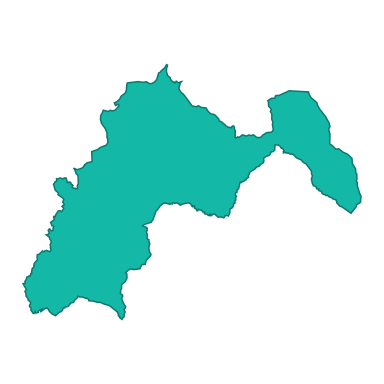 San Calixto, Norte de Santander, Colombia (orthographic projection)
{"feature_id": "7082276B87116730162989", "entity_name": "San Calixto", "entity_type": "district", "adm_level": 2, "iso_a3": "COL", "parent_name": "Colombia", "parent_adm1": "Norte de Santander", "projection": "orthographic", "projection_center": [-73.16, 8.446], "detail": "fine", "context": "isolated", "style": "filled", "palette": "teal", "viewbox_px": 384, "rotation_deg": 0, "n_neighbors": 0, "source": "geoboundaries", "source_scale": "gbopen_adm2", "svg_char_len": 5912}
<svg xmlns="http://www.w3.org/2000/svg" viewBox="0 0 384 384"><path d="M166.6,64.6L164.6,67.9L161.2,70.8L160.4,72.1L158.7,72.9L156.8,79.1L156.1,80.3L154.6,82.0L152.0,83.5L149.3,83.6L146.6,81.8L142.3,82.3L138.5,81.6L127.4,82.9L126.7,85.0L126.4,90.2L125.3,93.0L121.1,96.2L119.7,99.1L116.9,101.7L114.3,102.8L115.5,105.5L118.2,104.3L119.0,105.8L115.4,110.0L112.8,110.9L110.1,110.3L108.4,111.5L103.3,110.2L101.9,113.8L100.9,115.0L100.4,119.2L101.5,123.3L105.3,128.6L107.0,132.6L107.0,137.6L107.6,139.0L107.9,142.6L106.2,145.2L100.2,147.5L97.8,149.5L91.7,151.6L92.1,161.6L87.3,162.7L84.7,164.7L82.8,167.6L81.0,168.5L77.1,169.7L73.5,168.1L74.8,169.7L76.1,173.7L77.7,175.2L78.1,176.8L78.3,183.5L77.3,186.0L77.5,188.5L75.9,189.0L75.2,188.2L74.3,188.4L72.3,187.6L72.0,186.8L73.0,185.6L72.2,184.6L71.1,184.2L71.0,183.0L70.3,182.2L69.1,181.9L67.9,182.8L67.3,182.6L66.2,178.1L64.4,177.9L62.8,178.9L60.3,177.9L57.3,179.1L56.6,178.8L56.7,181.1L55.3,181.6L53.5,184.4L55.3,190.3L57.9,192.5L58.4,193.9L58.0,194.7L62.6,197.8L63.8,199.5L62.7,202.2L63.4,202.9L64.2,205.0L62.6,205.7L62.0,206.5L63.5,207.8L63.7,208.7L61.6,211.6L59.8,210.7L58.4,210.8L56.0,214.2L55.3,216.6L54.7,216.8L54.2,216.3L53.7,216.6L53.6,217.4L54.3,218.8L53.8,220.2L50.6,222.3L52.0,225.8L53.1,225.9L53.6,226.5L53.0,228.4L53.2,229.8L52.5,230.7L51.3,230.8L49.7,228.9L49.2,229.0L48.2,230.4L49.4,233.2L47.5,234.7L46.3,234.9L49.5,237.3L49.6,238.7L51.1,241.1L51.1,242.5L50.1,244.9L50.7,246.6L50.3,247.8L51.0,249.5L50.4,251.3L49.3,251.5L46.5,250.4L45.0,250.9L44.0,251.8L42.3,250.9L41.6,252.1L40.2,253.0L40.1,253.8L37.3,254.8L37.0,257.6L37.5,259.7L34.2,263.4L33.8,265.5L34.3,266.4L32.1,268.8L31.6,271.9L31.9,273.6L30.7,273.6L30.3,275.9L29.1,275.9L28.2,276.8L26.9,277.0L26.1,279.8L24.9,281.3L25.2,283.3L23.0,283.7L26.5,289.7L24.9,291.4L26.0,293.5L26.0,296.1L28.1,298.6L28.1,300.1L30.4,302.0L30.5,304.1L29.6,305.0L29.5,306.7L31.1,308.0L30.9,310.1L33.1,313.3L34.8,313.5L35.2,311.5L36.4,312.9L38.3,312.5L38.4,311.4L39.3,310.3L41.7,309.2L40.7,310.9L40.8,311.6L46.1,307.9L47.9,308.6L49.4,311.4L52.0,313.9L55.5,315.7L59.7,312.0L61.2,311.7L62.5,310.2L63.3,308.0L64.9,307.9L65.1,307.0L68.1,306.5L70.7,303.1L73.5,302.4L74.7,300.1L77.3,297.8L78.0,296.2L79.7,297.0L82.6,297.0L85.5,298.3L87.2,298.3L88.6,299.5L88.9,300.8L92.8,301.0L97.7,302.4L100.4,302.4L104.4,304.2L109.1,305.4L117.1,311.7L118.4,314.2L118.3,315.7L119.4,316.6L119.8,317.8L122.0,319.4L122.6,317.7L123.7,317.3L124.1,316.5L124.1,314.8L125.1,311.9L124.0,309.3L125.3,307.9L125.6,306.4L124.2,304.6L121.8,299.3L121.9,297.6L122.6,296.5L122.6,295.1L120.4,293.5L120.8,289.7L121.5,288.7L121.7,284.4L125.1,281.8L127.0,278.3L126.8,273.9L125.5,272.7L129.3,269.4L131.0,268.9L132.9,269.5L134.8,269.5L139.9,268.8L141.7,264.7L145.2,264.3L146.1,260.6L150.4,256.0L151.0,254.5L149.6,252.0L148.7,248.1L149.8,243.5L148.9,241.9L148.9,239.7L147.6,239.2L147.1,238.1L147.3,234.6L146.3,231.7L147.2,230.4L147.2,228.2L145.8,227.1L142.5,225.9L142.7,225.6L143.9,224.6L151.1,222.3L153.1,219.5L156.1,210.9L157.2,210.1L160.2,205.9L163.6,203.2L166.3,203.2L169.8,204.3L171.0,203.6L172.3,204.0L172.9,202.8L175.0,203.3L176.6,202.9L178.7,203.8L180.3,205.3L181.5,204.3L188.0,202.8L190.8,203.8L191.4,205.2L192.2,205.5L192.0,206.3L192.7,206.8L193.3,206.7L193.9,205.9L194.6,206.2L194.6,208.3L196.3,209.0L196.8,210.7L197.8,210.7L198.5,209.3L200.2,210.1L201.3,210.0L203.0,212.1L204.6,212.2L204.3,213.2L204.6,213.8L207.4,214.3L208.2,215.4L209.8,215.6L209.5,214.6L210.1,214.1L210.8,214.7L210.9,215.6L211.4,215.7L212.8,214.1L214.8,214.1L218.1,217.2L221.1,216.9L223.6,217.8L224.6,217.1L225.1,215.6L226.8,215.5L228.4,216.0L229.9,212.6L230.0,208.9L231.8,208.2L233.3,206.2L233.8,203.5L235.0,203.1L235.0,200.9L235.9,199.8L235.5,197.7L236.5,196.5L235.3,194.8L235.8,192.6L237.0,192.3L237.0,190.1L238.6,188.8L240.1,182.1L240.5,181.9L241.2,182.6L242.5,181.6L243.7,181.5L244.6,180.2L245.8,180.1L246.5,178.5L248.6,177.3L248.3,176.0L250.1,171.9L254.8,169.1L256.9,166.9L259.3,166.2L260.4,164.6L263.3,162.7L263.9,161.3L263.6,158.4L265.5,156.7L269.3,155.3L270.2,154.1L270.8,152.3L272.9,151.6L274.7,150.1L275.1,144.9L278.3,145.0L280.0,146.2L281.3,148.2L282.5,148.3L284.3,151.2L284.2,151.7L283.4,151.7L283.4,152.9L284.6,152.4L287.1,153.2L288.0,152.7L290.2,154.1L293.3,154.3L296.2,157.7L301.3,160.0L303.2,162.3L306.2,164.0L311.5,171.2L311.5,173.8L312.4,175.8L311.4,179.2L312.3,183.3L313.4,185.8L314.7,186.0L316.3,187.0L316.6,188.8L318.8,189.1L318.5,190.2L318.9,190.7L321.3,191.2L322.2,193.6L324.0,194.6L325.1,194.4L326.2,195.7L327.4,195.2L329.0,196.8L331.9,197.9L332.7,198.8L335.8,199.8L336.6,201.4L336.7,202.8L339.9,206.2L342.0,206.9L351.0,213.3L356.3,206.6L356.5,204.8L360.5,202.3L361.0,196.1L359.6,193.3L357.2,185.3L357.4,182.8L356.3,180.8L356.9,179.4L356.8,174.0L355.9,172.9L355.5,168.8L352.3,163.3L352.0,158.3L347.4,154.1L343.0,152.1L338.7,148.8L335.8,149.2L332.7,145.9L329.7,143.7L330.0,134.1L328.8,130.0L328.9,128.7L330.0,126.6L329.1,123.0L325.4,116.4L319.8,109.3L317.5,105.2L316.9,102.7L311.0,97.6L308.9,93.8L308.5,91.9L289.2,90.8L278.8,95.5L276.2,95.4L275.4,96.1L274.8,98.2L271.4,98.3L267.8,100.7L268.4,101.9L268.6,106.2L271.3,109.1L270.4,111.7L271.8,113.6L271.8,119.5L272.9,122.0L272.4,124.5L273.3,129.8L271.7,132.2L266.7,132.6L262.6,135.2L261.4,136.9L259.1,137.6L256.7,137.4L253.3,134.7L251.3,135.6L248.7,135.0L246.3,136.1L242.5,134.8L239.1,137.4L237.4,136.9L236.6,137.7L235.1,137.6L235.3,131.1L234.3,128.3L234.5,127.2L233.5,125.9L232.3,126.1L231.3,127.8L230.3,127.3L228.8,127.5L225.6,125.7L224.6,124.1L223.4,124.0L222.7,122.6L219.1,120.7L218.8,119.1L215.4,115.3L213.7,114.3L210.7,113.9L208.0,111.2L206.0,107.9L201.2,107.4L199.0,106.0L198.0,105.8L196.3,106.8L192.1,105.9L185.3,96.6L183.2,94.0L181.3,92.6L179.0,89.2L179.2,86.0L179.9,85.0L180.2,83.1L181.5,81.6L180.4,81.8L179.6,82.7L177.7,82.4L176.2,81.2L175.6,82.1L174.6,82.2L174.6,82.8L171.3,80.6L170.0,77.4L167.6,75.6L166.4,71.3L166.6,68.3L167.6,65.2L166.6,64.6Z" fill="#14b8a6" stroke="#0f766e" stroke-width="1.5"/></svg>